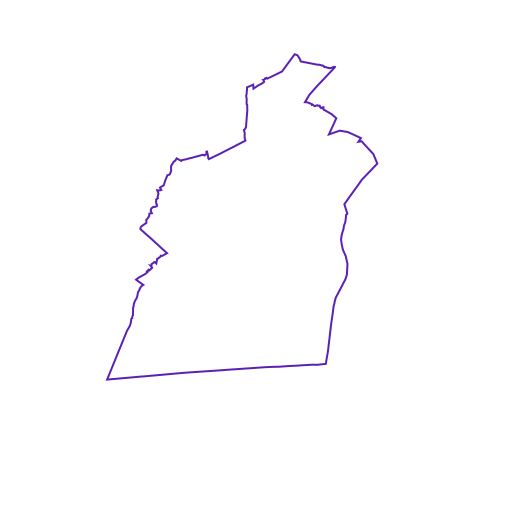 the district of Mina, Nuevo León, Mexico, rotated 223°
{"feature_id": "50627088B36980373493139", "entity_name": "Mina", "entity_type": "district", "adm_level": 2, "iso_a3": "MEX", "parent_name": "Mexico", "parent_adm1": "Nuevo León", "projection": "equal_earth", "projection_center": [-100.66, 26.299], "detail": "fine", "context": "isolated", "style": "outline", "palette": "violet", "viewbox_px": 512, "rotation_deg": 223, "n_neighbors": 0, "source": "geoboundaries", "source_scale": "gbopen_adm2", "svg_char_len": 5333}
<svg xmlns="http://www.w3.org/2000/svg" viewBox="0 0 512 512"><g transform="rotate(223 256 256)"><path d="M174.7,299.8L176.7,304.2L183.7,312.6L190.3,317.1L196.4,319.7L197.7,320.5L199.5,321.8L199.9,322.0L201.7,323.4L203.0,324.4L205.0,326.0L206.7,328.5L207.1,328.9L208.4,331.2L210.6,335.7L212.3,338.1L213.6,341.2L214.8,343.2L218.1,347.5L218.0,349.2L226.7,354.1L227.7,361.5L230.3,382.0L230.6,383.6L230.3,406.3L239.7,410.6L253.7,411.6L257.0,412.0L259.0,409.4L259.7,413.8L273.3,409.3L280.2,404.8L285.6,394.7L290.1,408.2L291.2,411.5L297.5,411.3L302.2,410.2L305.6,409.4L305.9,409.2L306.1,409.2L306.3,409.2L306.6,409.3L306.8,409.3L307.0,409.5L307.3,409.7L307.3,409.8L308.0,410.8L308.4,410.6L308.5,410.4L308.7,410.2L308.9,409.8L308.9,409.7L309.0,409.6L308.9,408.9L309.0,408.8L309.2,408.6L309.3,408.6L309.5,408.7L309.9,408.6L310.1,408.6L310.6,408.6L310.8,408.7L311.0,408.7L311.4,408.9L311.5,409.0L311.8,409.4L312.0,409.4L312.2,409.2L312.5,408.9L313.1,408.3L313.2,408.2L313.3,408.1L313.5,408.0L314.1,408.0L314.3,407.6L314.4,407.4L314.6,407.0L314.6,406.9L314.8,406.5L314.9,406.3L314.9,406.0L315.1,405.7L315.4,405.5L315.7,405.5L316.0,405.5L316.5,405.4L317.2,405.5L317.3,405.5L317.5,405.4L317.7,405.2L318.1,404.7L318.6,405.2L323.7,403.2L325.1,401.9L326.9,410.4L327.2,421.7L327.0,447.7L327.1,447.9L327.3,447.7L327.5,447.6L328.0,447.5L328.1,447.4L328.3,447.2L328.3,446.7L328.6,446.3L328.6,446.1L328.9,445.4L329.1,445.1L329.3,444.8L329.4,444.6L329.8,444.2L330.0,444.0L330.0,443.9L330.3,443.6L330.5,443.5L330.6,443.4L330.7,443.2L330.9,443.2L331.0,443.1L331.4,443.0L331.6,442.8L331.7,442.7L331.9,442.6L332.1,442.5L332.3,442.3L332.6,442.2L332.8,442.1L333.1,442.0L333.3,441.9L333.5,441.8L333.8,441.8L333.9,441.7L334.1,441.5L334.3,441.3L334.5,441.3L334.7,441.0L334.9,441.0L335.1,440.9L335.3,440.9L335.5,440.8L335.9,440.9L336.1,440.9L336.1,441.0L336.3,441.0L336.5,440.9L336.9,440.9L337.1,440.8L337.2,440.7L337.3,440.6L337.5,440.5L337.6,440.4L337.7,440.2L337.9,440.1L338.0,440.1L338.5,439.9L339.0,439.7L339.3,439.5L339.4,439.4L339.7,439.3L340.2,439.0L340.4,438.9L340.5,438.7L340.8,438.5L340.9,438.4L341.1,438.2L341.4,438.0L341.4,437.9L356.0,428.8L358.1,429.9L362.5,431.1L365.3,429.9L362.8,408.7L367.5,396.5L368.3,394.5L368.3,394.4L368.6,393.7L368.7,393.4L369.7,393.3L369.9,393.3L370.0,393.3L370.4,392.2L370.0,392.1L370.6,389.8L370.7,389.7L370.2,389.6L369.0,389.0L368.8,388.8L369.0,387.7L369.2,386.6L369.3,386.2L370.1,384.0L370.1,383.9L370.8,381.9L372.0,376.7L374.9,379.4L377.6,373.2L375.7,371.2L375.4,370.5L373.7,368.6L372.3,366.3L370.1,364.7L366.5,360.7L365.6,360.6L365.3,360.3L362.6,357.5L362.1,357.1L360.9,355.6L351.2,343.4L350.6,341.3L350.8,339.9L349.2,338.9L348.2,338.3L345.0,334.7L343.9,334.2L342.4,333.1L351.4,308.1L351.8,306.8L352.0,306.5L352.1,306.2L352.2,305.8L354.0,301.3L355.1,298.5L355.3,297.8L355.6,297.2L356.0,296.0L356.5,294.7L356.9,294.8L357.4,294.9L357.4,295.0L358.7,295.9L359.2,296.3L363.0,299.0L363.4,298.5L363.4,298.3L363.2,298.2L362.3,297.5L362.3,297.4L362.1,297.1L362.0,296.7L362.0,296.4L362.0,296.1L362.0,295.7L362.1,295.4L362.6,294.5L362.5,294.4L363.8,293.9L367.8,287.5L369.6,284.6L369.9,284.1L370.3,283.5L371.0,282.4L371.4,281.8L371.5,281.7L373.1,279.0L374.5,277.1L375.6,275.5L375.5,274.6L380.6,273.3L380.4,272.1L380.0,270.7L380.5,269.0L380.4,268.7L379.5,263.9L376.0,260.2L374.7,256.7L375.9,254.5L375.4,253.7L375.4,253.1L375.0,252.4L373.9,249.4L373.1,247.7L371.7,244.9L372.3,242.7L372.9,240.6L370.3,239.7L371.3,238.1L373.1,236.7L370.7,235.5L369.9,235.1L369.7,234.9L368.3,232.1L367.1,231.3L367.6,229.3L367.1,228.8L366.4,227.9L365.6,227.0L364.3,226.1L363.5,226.0L362.5,225.1L362.9,223.9L363.5,222.8L364.2,222.4L364.8,221.1L364.8,220.3L365.0,219.5L364.8,219.0L364.6,218.6L364.1,217.9L363.8,217.2L361.4,216.3L362.9,214.3L362.5,213.7L362.4,213.6L361.4,212.4L360.9,209.8L360.9,207.6L358.8,205.5L359.1,203.8L359.9,200.2L360.0,198.6L358.9,196.8L349.7,197.0L345.7,197.2L341.4,197.2L337.7,197.2L334.6,197.3L329.9,197.3L323.6,197.4L323.0,197.4L324.7,192.0L325.8,191.2L325.6,190.9L325.4,190.3L325.6,189.5L325.6,189.4L325.7,189.2L325.6,188.9L325.8,188.6L325.9,188.3L325.9,188.2L325.9,187.7L325.9,187.2L326.0,186.9L326.1,186.7L326.3,186.5L326.2,186.2L325.6,185.4L325.1,184.8L325.0,184.3L324.7,183.8L324.3,183.3L323.8,182.5L325.0,182.5L326.0,182.5L326.2,182.3L326.3,181.9L326.2,181.7L326.8,179.0L326.4,178.1L326.0,177.8L326.1,177.4L326.2,177.1L326.4,177.0L323.9,176.6L324.2,172.7L325.1,172.8L325.3,170.4L324.4,170.4L324.6,167.7L326.4,162.0L326.7,161.8L327.6,156.9L327.3,156.9L326.4,157.0L318.7,158.0L319.1,156.7L319.1,155.7L319.1,155.0L319.1,154.7L318.7,152.7L318.2,152.1L317.6,149.1L314.8,144.6L313.7,140.1L312.9,138.4L312.7,137.7L311.6,136.1L311.4,136.0L311.2,135.6L310.9,135.1L310.3,133.9L308.8,132.4L306.9,130.1L305.7,129.0L304.9,126.9L304.2,126.1L304.4,125.4L304.0,124.5L303.3,123.6L303.0,123.2L302.3,122.2L301.7,121.1L300.8,119.3L300.7,119.1L299.3,113.2L291.2,91.9L280.6,64.1L267.1,79.1L257.7,89.6L256.6,90.7L240.8,108.3L236.6,113.0L233.1,116.9L230.6,119.7L226.4,124.3L205.1,147.0L201.8,150.6L196.4,156.4L184.6,169.0L173.5,180.9L168.1,186.4L165.8,188.6L162.8,191.6L161.9,192.6L158.1,196.7L151.1,203.9L147.4,207.9L143.8,211.6L140.7,214.9L137.1,218.1L131.4,224.7L138.4,235.4L154.5,257.3L158.8,263.5L162.0,268.1L165.0,272.2L165.1,272.4L165.9,274.0L167.2,276.1L169.2,279.8L174.7,299.8Z" fill="none" stroke="#5b21b6" stroke-width="2"/></g></svg>